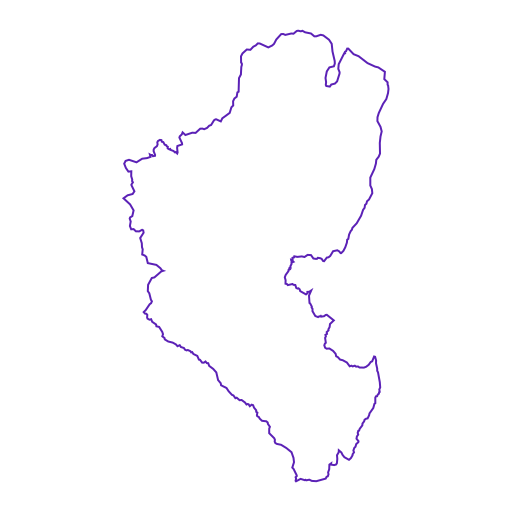 outline of Piedecuesta, Santander, Colombia
{"feature_id": "7082276B40020724861964", "entity_name": "Piedecuesta", "entity_type": "district", "adm_level": 2, "iso_a3": "COL", "parent_name": "Colombia", "parent_adm1": "Santander", "projection": "robinson", "projection_center": [-73.001, 6.951], "detail": "fine", "context": "isolated", "style": "outline", "palette": "violet", "viewbox_px": 512, "rotation_deg": 0, "n_neighbors": 0, "source": "geoboundaries", "source_scale": "gbopen_adm2", "svg_char_len": 6050}
<svg xmlns="http://www.w3.org/2000/svg" viewBox="0 0 512 512"><path d="M296.1,478.5L295.6,480.8L296.0,481.3L300.6,478.9L304.9,480.2L305.5,479.8L306.4,480.3L309.3,479.7L311.8,480.9L316.3,481.2L325.7,478.6L326.6,476.8L327.8,476.3L328.5,474.3L328.1,472.4L329.2,469.3L329.4,464.6L331.1,463.4L330.9,464.6L334.2,465.1L336.1,464.5L336.9,463.2L337.3,458.9L337.0,455.2L338.7,452.3L338.8,450.3L341.4,452.5L342.5,454.8L344.4,457.2L349.0,459.8L350.9,458.1L352.5,455.4L352.6,454.3L354.0,452.3L353.4,450.5L354.3,447.9L355.5,446.7L356.2,444.1L358.3,442.2L358.5,441.2L356.5,438.7L356.9,436.4L358.2,434.6L357.7,432.9L358.3,430.8L359.1,430.6L359.7,428.8L362.3,425.4L362.5,423.5L364.1,421.4L364.6,419.7L366.1,418.7L367.6,418.4L369.1,415.3L369.5,413.4L373.3,408.0L374.4,403.9L375.3,403.2L375.3,397.6L376.0,396.3L377.1,396.2L377.8,394.5L378.9,393.7L379.1,392.2L379.7,391.9L379.3,389.5L380.2,387.4L379.8,382.2L378.0,372.3L377.2,370.8L377.2,368.7L376.0,363.2L376.1,360.5L375.1,356.8L374.1,356.5L372.2,361.3L370.7,362.0L368.7,364.8L366.1,366.8L363.9,367.6L359.5,367.5L358.0,366.5L356.0,366.6L354.8,365.7L352.7,366.4L351.4,365.7L349.7,366.3L346.9,362.5L342.7,360.2L340.1,359.6L337.7,357.0L336.2,356.3L335.6,353.8L333.1,350.9L329.4,348.5L326.6,348.7L325.1,347.7L324.3,345.3L324.9,343.6L325.8,342.8L325.1,337.9L325.9,336.3L325.4,334.9L327.0,333.9L326.7,332.1L328.5,330.4L328.4,329.3L329.6,327.1L330.0,324.0L333.8,320.4L326.8,314.8L325.6,315.0L324.1,316.2L321.5,316.6L320.9,315.9L320.3,316.5L319.3,316.3L318.1,317.1L315.3,316.0L312.5,311.2L312.5,308.8L311.6,307.5L311.8,306.6L310.2,303.5L309.5,303.0L309.0,295.6L311.2,290.5L309.2,291.8L307.4,291.9L307.4,293.3L306.0,294.4L300.2,291.1L299.7,289.4L298.5,288.3L297.6,288.6L296.3,288.0L295.3,285.0L293.4,284.8L292.5,284.0L287.8,285.1L287.0,284.1L285.5,283.7L285.6,280.2L284.8,277.3L285.7,274.9L288.4,271.2L288.5,270.0L289.7,269.4L289.2,268.9L289.5,267.9L290.6,267.8L290.4,266.2L291.5,264.1L291.5,262.6L293.5,261.8L292.7,261.0L291.3,260.7L291.1,259.6L292.6,259.9L292.5,257.8L294.0,257.4L294.3,256.3L297.3,256.9L301.8,256.4L304.5,257.0L307.6,254.9L311.0,255.1L313.4,258.5L316.0,258.9L317.0,258.8L317.8,257.8L320.2,258.2L321.6,258.8L323.1,261.0L324.1,261.2L326.8,257.6L328.5,257.3L330.2,256.0L333.1,251.2L337.3,250.3L339.1,251.3L340.6,253.1L341.2,253.1L343.4,250.9L345.3,247.2L346.9,242.6L347.2,239.7L348.3,238.9L349.1,234.5L350.7,231.1L351.9,229.7L352.4,227.9L356.7,223.3L361.1,215.7L363.1,209.8L364.6,207.8L365.0,205.0L366.4,203.7L367.0,201.3L369.0,199.5L372.3,193.2L371.9,189.1L370.3,185.5L370.3,177.6L374.3,169.1L375.9,163.6L376.3,159.8L378.7,156.7L380.0,153.6L379.8,142.9L380.5,136.5L381.7,131.4L380.5,126.8L377.4,121.1L377.5,117.2L378.8,113.0L383.1,103.8L386.3,99.1L388.0,93.2L388.5,89.0L388.1,85.5L387.6,84.7L387.6,82.3L384.3,79.1L384.9,71.8L378.3,67.4L375.1,66.6L367.5,63.1L358.6,56.2L353.6,54.2L348.3,48.6L347.2,48.6L346.0,51.3L345.1,51.7L344.5,52.8L344.9,53.4L343.9,53.9L338.7,64.2L338.3,68.9L339.6,72.2L339.5,73.7L337.1,81.4L334.9,83.6L331.3,84.5L329.8,86.6L326.3,86.0L325.8,84.9L326.1,82.1L325.5,78.0L326.8,71.4L329.4,67.4L333.9,66.3L334.8,63.6L334.7,61.0L332.5,51.5L331.7,43.8L329.0,39.7L323.3,35.4L320.7,34.8L316.3,36.3L314.3,36.3L311.0,33.5L305.1,32.3L302.4,30.8L300.9,31.3L298.1,30.7L296.7,31.0L293.5,33.7L291.3,33.5L285.3,34.9L283.2,34.0L281.2,34.1L276.3,39.5L274.0,43.9L272.2,45.5L268.3,47.4L259.8,43.5L257.8,43.4L255.8,45.4L253.3,46.7L250.4,49.8L246.8,49.5L242.5,53.4L241.0,56.3L241.1,62.6L241.8,63.4L241.9,64.8L241.3,67.0L240.9,74.5L239.0,78.1L238.6,91.7L237.4,92.4L236.7,96.7L234.4,98.5L233.1,101.2L233.2,105.5L231.4,107.3L229.7,112.9L222.3,118.3L220.8,121.4L216.2,119.3L215.4,119.4L214.0,120.3L211.1,125.0L209.2,125.7L207.1,127.9L204.2,129.2L202.4,128.6L200.2,128.7L195.6,132.9L192.3,132.7L185.4,135.0L182.6,132.4L181.8,134.4L179.8,136.3L179.4,137.6L182.0,143.1L182.1,144.4L177.4,146.0L177.1,147.9L177.6,152.5L177.2,153.5L175.8,152.0L175.0,152.4L173.5,151.0L170.6,149.9L170.2,149.0L169.4,149.4L168.0,148.6L167.6,148.2L167.8,146.8L166.7,146.2L166.3,145.2L164.7,144.7L163.3,142.1L161.8,141.7L161.4,140.1L159.9,139.9L158.0,141.0L157.3,142.3L157.6,144.4L156.9,146.2L154.5,148.0L153.7,149.5L153.6,151.1L155.1,155.0L155.0,155.8L152.9,156.2L152.1,155.0L150.8,155.0L149.9,154.5L150.4,156.5L151.3,156.6L147.0,158.1L142.2,158.7L136.5,162.3L129.0,159.8L125.6,160.9L124.2,163.7L125.9,168.0L128.4,171.6L131.3,171.3L131.2,176.2L132.2,179.5L132.1,181.1L132.9,182.3L131.4,184.6L131.5,185.3L134.4,191.3L132.6,194.0L127.6,195.3L123.5,198.3L130.1,204.4L133.6,210.4L132.3,216.1L130.1,217.4L129.7,218.6L130.7,221.5L129.9,226.0L131.2,229.3L133.6,229.1L135.9,231.3L139.2,231.4L142.1,229.8L143.2,230.4L143.6,232.7L140.2,238.0L141.8,243.2L142.0,247.2L142.7,249.3L142.2,254.5L144.7,255.5L146.3,256.9L147.8,263.1L156.4,264.9L160.4,268.2L161.9,270.3L163.2,270.8L161.3,271.4L154.4,277.4L151.8,278.0L148.1,284.8L147.8,291.1L149.3,293.3L150.9,299.7L151.9,301.3L151.1,303.2L149.7,304.2L145.7,310.1L143.7,312.1L145.0,313.6L146.4,313.8L147.3,314.9L147.1,317.4L147.5,318.6L149.5,319.7L151.1,319.2L152.2,321.8L156.1,324.5L156.4,326.3L159.1,326.9L162.3,332.0L163.0,334.2L162.3,336.3L164.5,338.0L164.8,339.4L168.2,341.5L172.7,342.6L175.9,344.4L177.5,346.2L179.7,345.2L180.9,347.0L183.9,348.0L185.0,349.7L186.6,350.4L187.8,350.0L190.4,351.2L191.2,352.4L192.2,352.1L193.4,354.0L197.3,355.9L198.9,359.6L200.0,359.8L202.1,362.6L203.8,362.7L205.5,361.5L206.8,363.1L208.2,363.2L209.2,365.9L213.2,368.9L216.3,372.4L218.1,380.1L220.7,383.2L221.1,385.3L226.5,388.0L228.6,391.2L232.0,394.9L233.4,395.4L235.4,398.2L236.7,397.7L239.6,400.2L241.6,400.0L245.0,402.5L246.5,404.5L247.7,404.0L248.6,404.3L249.8,406.2L251.6,404.7L253.1,405.2L254.0,407.6L256.2,410.3L256.2,411.8L257.4,412.6L256.9,415.1L257.2,416.1L259.0,417.2L259.6,418.5L262.0,420.8L266.3,421.3L267.7,422.5L267.9,423.9L269.9,426.8L269.2,428.7L269.2,433.2L274.2,438.2L274.9,439.7L274.7,441.6L275.3,443.0L276.8,443.9L281.1,444.8L286.3,448.0L291.5,452.2L293.5,457.9L294.0,462.2L292.3,467.6L293.6,469.0L296.6,475.1L296.8,476.0L295.6,477.2L296.1,478.5Z" fill="none" stroke="#5b21b6" stroke-width="2"/></svg>